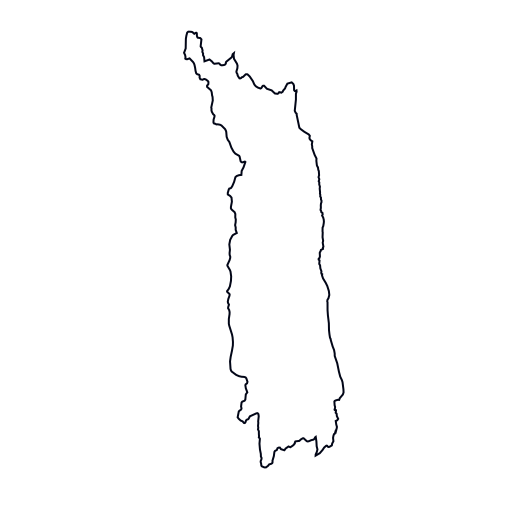 Huallaga, San Martín, Peru, rotated 13°
{"feature_id": "86281439B12799779720524", "entity_name": "Huallaga", "entity_type": "district", "adm_level": 2, "iso_a3": "PER", "parent_name": "Peru", "parent_adm1": "San Martín", "projection": "equal_earth", "projection_center": [-76.922, -6.751], "detail": "fine", "context": "isolated", "style": "outline", "palette": "ink", "viewbox_px": 512, "rotation_deg": 13, "n_neighbors": 0, "source": "geoboundaries", "source_scale": "gbopen_adm2", "svg_char_len": 6043}
<svg xmlns="http://www.w3.org/2000/svg" viewBox="0 0 512 512"><g transform="rotate(13 256 256)"><path d="M336.1,280.9L336.2,277.5L334.9,273.8L332.2,269.2L330.0,266.5L326.4,262.8L324.7,260.1L324.6,258.8L323.7,258.5L323.3,257.4L323.2,256.2L321.5,253.6L320.5,250.6L319.4,249.5L318.9,246.0L317.9,245.5L317.7,245.0L317.7,244.5L318.3,243.7L318.4,242.1L317.4,238.6L317.5,237.7L317.8,237.1L317.9,235.5L319.7,234.0L319.3,232.7L319.6,231.8L318.0,228.0L318.0,226.1L316.6,222.7L315.7,218.0L315.3,217.1L314.5,213.4L314.8,211.7L314.6,208.5L314.4,207.1L313.8,205.3L312.8,203.4L311.3,201.7L311.6,200.5L311.0,199.0L309.8,198.6L309.2,197.3L308.5,196.6L308.4,194.6L307.7,191.9L307.5,190.0L307.7,189.1L307.4,187.4L306.6,186.3L306.1,184.4L305.2,183.6L304.9,181.9L304.3,180.9L304.1,179.5L302.9,176.0L302.7,174.1L301.5,172.0L301.1,170.0L300.3,169.1L300.4,166.9L299.2,165.1L299.3,163.1L298.1,159.1L297.3,158.0L296.4,155.6L295.8,155.2L294.9,153.9L293.4,149.7L293.0,147.4L290.4,144.3L286.5,138.2L286.1,136.5L285.3,134.7L285.1,131.6L283.4,131.0L281.9,129.8L281.5,128.9L281.4,126.8L280.1,125.7L275.1,124.1L271.0,122.3L269.4,121.3L263.9,109.4L263.6,108.2L262.4,107.5L261.1,105.8L259.7,94.6L258.4,88.9L258.6,86.8L258.2,85.6L257.1,86.6L256.6,86.5L255.8,85.8L254.7,81.5L253.7,80.0L251.7,78.8L247.8,81.0L246.8,84.6L246.6,86.2L245.3,88.6L245.0,90.0L243.9,91.2L242.3,91.0L241.6,91.3L241.4,92.2L240.6,93.1L237.9,93.4L234.0,91.1L229.0,90.6L225.6,88.3L224.6,88.5L224.2,88.9L223.4,91.2L222.7,91.8L220.0,91.5L217.7,90.7L216.3,89.7L215.5,88.9L213.6,86.3L209.5,82.5L207.0,81.0L206.4,80.9L205.1,81.3L203.1,84.4L201.9,85.1L201.5,85.9L200.5,86.6L199.9,86.6L198.2,85.0L197.5,84.2L197.0,83.0L195.8,81.7L195.4,80.6L195.6,77.2L195.2,74.7L194.2,72.9L190.2,68.8L188.9,65.1L188.8,63.4L187.9,64.6L187.8,67.2L187.5,68.0L183.4,73.3L183.1,74.0L183.3,75.3L182.8,76.4L181.9,77.1L179.8,77.9L179.0,77.9L178.2,77.7L177.1,76.8L176.3,76.6L172.1,78.1L170.9,77.6L169.2,76.3L166.5,75.0L162.0,77.9L160.7,73.9L159.2,72.2L158.9,70.6L157.8,69.2L157.7,67.7L156.3,65.2L155.3,64.7L154.9,64.2L154.1,57.2L152.7,56.2L150.1,56.4L149.7,56.1L148.9,54.8L148.2,52.2L147.6,51.9L146.9,52.2L145.8,53.4L143.8,52.2L142.8,52.1L140.0,52.5L139.4,52.8L138.7,53.8L138.6,57.0L138.8,60.1L140.8,69.6L140.2,74.2L141.7,76.1L142.6,78.1L142.7,79.6L143.5,79.9L144.6,79.8L146.8,78.4L151.1,81.2L152.3,82.4L153.1,83.7L154.3,86.2L155.5,89.3L156.7,91.5L157.8,92.1L159.8,92.2L160.6,93.2L160.9,94.9L162.0,96.3L164.3,96.3L165.3,95.4L166.1,95.1L167.8,95.4L170.0,96.5L170.5,97.1L170.9,99.2L170.8,99.7L170.2,100.5L170.0,101.1L170.3,102.2L174.9,104.7L176.0,106.4L177.1,109.4L177.9,110.8L178.9,114.2L179.0,121.4L179.5,122.4L179.8,124.0L180.5,125.4L182.4,127.5L183.6,128.1L184.1,128.7L184.2,129.8L184.0,132.5L184.3,134.5L184.6,135.7L185.5,136.4L186.7,136.3L187.7,136.7L189.2,136.3L191.4,136.2L193.0,136.6L197.3,139.3L198.5,140.7L199.1,141.8L200.6,146.5L202.3,149.1L204.4,150.9L207.6,155.9L210.6,159.3L212.8,160.9L217.1,162.2L217.7,162.9L219.7,167.1L220.3,167.6L221.2,167.9L221.8,167.8L223.9,166.5L224.5,166.8L223.9,172.5L222.9,176.3L223.5,180.3L221.2,181.1L219.2,182.4L218.2,183.8L218.0,188.7L217.2,193.1L216.5,195.1L216.0,195.7L214.8,196.3L214.5,197.2L214.3,200.9L214.7,202.4L217.3,203.3L219.0,204.6L220.3,208.5L220.5,213.6L220.8,215.1L221.3,215.8L222.3,216.5L225.3,218.1L226.4,219.7L227.1,223.0L228.1,225.0L228.6,227.8L228.7,230.6L229.8,232.8L230.3,235.1L232.1,237.9L229.0,240.6L228.4,241.6L227.2,246.0L227.4,250.7L229.2,255.8L229.6,259.1L230.1,260.9L231.0,262.3L231.3,263.6L231.2,265.9L230.1,271.3L230.4,272.0L233.8,275.6L234.7,277.0L236.4,281.5L237.2,285.9L237.4,291.5L236.8,294.3L235.7,296.8L236.1,297.5L238.6,298.9L239.0,299.5L239.1,300.7L238.7,304.1L238.8,306.9L239.3,308.0L240.6,309.5L240.4,311.8L240.5,313.1L242.0,314.7L242.9,316.6L243.3,318.6L243.7,323.5L244.8,328.2L245.6,329.9L250.3,337.9L251.5,340.6L252.9,345.0L253.6,348.5L253.9,353.9L254.0,359.9L254.4,364.5L256.6,371.8L257.5,373.3L258.4,374.1L263.4,376.3L266.5,376.9L269.1,376.9L271.5,376.5L273.1,376.6L274.1,377.4L276.0,380.5L275.9,382.1L274.8,383.4L274.7,384.3L275.8,387.1L278.2,390.8L277.2,393.1L277.9,398.3L277.4,399.6L275.4,401.0L274.9,402.0L275.3,406.0L276.1,407.6L276.2,408.1L275.8,409.3L274.6,410.6L274.2,411.4L274.4,417.3L275.8,418.5L278.1,419.8L280.1,420.1L281.8,421.4L282.3,421.4L282.8,421.1L283.1,420.4L283.3,418.5L283.7,417.8L284.2,417.3L285.1,416.8L285.4,416.2L286.1,413.6L291.8,409.2L292.9,408.8L293.9,409.5L294.7,411.5L295.3,416.6L295.8,418.1L296.2,421.1L296.9,423.0L296.9,424.4L298.2,426.1L298.9,429.0L299.5,430.9L299.6,432.2L300.5,432.7L300.9,433.2L301.6,438.1L303.4,443.7L305.2,447.7L305.9,450.3L306.9,451.6L307.0,453.0L306.7,454.9L307.0,455.9L307.6,456.9L308.4,459.1L309.0,459.6L311.6,460.1L313.3,459.7L314.9,457.8L315.7,456.1L317.5,455.1L318.4,454.2L318.5,453.1L318.1,451.8L318.4,447.0L318.0,442.7L318.4,441.6L319.9,440.4L320.2,438.4L321.2,437.6L322.3,437.3L323.8,438.6L327.3,438.9L327.7,438.2L328.1,437.0L330.5,434.3L332.5,434.6L334.4,432.6L335.4,431.2L335.6,430.4L336.0,430.0L335.8,428.8L336.1,427.8L339.8,426.4L341.0,424.6L342.6,423.1L343.4,422.9L347.1,425.0L347.9,425.1L349.0,424.7L351.3,423.0L353.3,422.0L354.0,421.1L354.4,419.4L354.9,418.8L356.6,423.2L357.9,427.7L359.4,430.7L359.3,433.5L358.8,435.9L359.0,437.1L362.5,433.8L364.5,430.0L365.5,427.3L367.0,425.2L367.4,424.9L368.0,424.9L369.0,425.7L369.7,425.8L370.5,425.4L372.5,423.5L372.4,421.6L373.1,419.1L372.0,415.9L371.9,414.0L372.0,412.5L372.2,411.8L372.7,411.5L372.8,410.8L372.9,409.1L373.3,409.4L373.4,405.4L373.3,404.3L372.1,402.1L370.8,398.8L372.1,397.8L372.7,396.2L370.8,393.8L370.0,391.5L368.9,390.8L368.7,388.5L368.4,388.1L367.3,388.3L367.1,388.0L367.2,386.3L367.0,385.2L366.2,383.8L365.1,380.2L365.3,379.5L366.3,378.7L368.1,377.7L369.4,377.5L369.6,375.7L371.8,371.4L372.0,369.2L371.2,366.3L368.7,359.5L367.6,357.6L365.2,354.6L362.8,350.0L359.3,342.3L355.2,335.7L354.6,333.3L353.2,330.0L351.1,327.0L347.6,320.8L347.5,320.2L346.5,319.0L345.2,315.8L343.8,311.8L342.1,305.1L339.4,297.6L337.9,292.7L336.1,285.0L335.6,284.1L335.5,282.6L336.1,280.9Z" fill="none" stroke="#020617" stroke-width="2"/></g></svg>